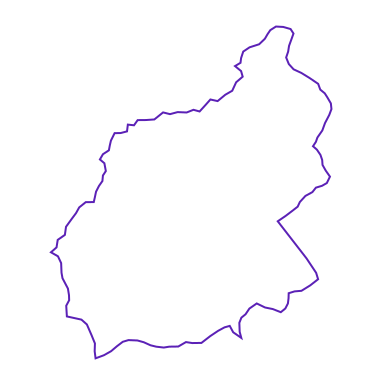 outline of Dourado, São Paulo, Brazil, rotated 86°
{"feature_id": "56859067B42142271375919", "entity_name": "Dourado", "entity_type": "district", "adm_level": 2, "iso_a3": "BRA", "parent_name": "Brazil", "parent_adm1": "São Paulo", "projection": "natural_earth1", "projection_center": [-48.341, -22.121], "detail": "fine", "context": "isolated", "style": "outline", "palette": "violet", "viewbox_px": 384, "rotation_deg": 86, "n_neighbors": 0, "source": "geoboundaries", "source_scale": "gbopen_adm2", "svg_char_len": 1879}
<svg xmlns="http://www.w3.org/2000/svg" viewBox="0 0 384 384"><g transform="rotate(86 192 192)"><path d="M36.3,82.3L33.7,89.5L32.8,96.7L36.0,102.6L39.8,105.6L44.2,108.6L49.3,114.7L51.7,124.5L55.5,131.1L61.9,133.7L66.5,134.6L69.4,140.3L74.8,134.6L80.5,133.4L85.6,140.3L93.8,144.8L97.3,152.0L103.1,160.1L101.0,167.2L106.0,172.3L112.2,178.8L110.1,184.8L112.3,191.8L111.3,200.8L112.8,208.5L110.6,215.3L117.0,224.5L117.0,232.8L116.5,241.2L121.4,245.2L120.3,251.3L127.0,252.6L128.2,259.0L127.9,265.1L135.1,269.3L140.0,270.8L144.6,272.0L148.1,278.2L153.1,281.6L157.2,277.4L165.1,276.5L169.3,279.7L174.8,280.6L179.5,284.4L185.0,287.7L190.6,289.3L195.2,290.7L194.7,298.7L199.5,305.6L204.9,309.1L210.5,313.9L217.9,320.1L225.9,321.8L230.4,329.3L237.8,331.0L242.3,336.9L246.8,330.2L253.8,327.5L263.5,327.8L269.0,327.2L279.7,322.5L286.4,321.9L291.4,322.1L296.7,325.4L307.4,325.5L311.6,311.2L316.8,306.1L327.8,302.2L336.3,299.4L344.1,300.2L351.2,299.8L348.7,291.3L345.2,283.9L340.6,277.6L336.6,271.5L335.3,265.7L336.3,256.8L338.5,250.6L342.0,244.1L343.8,238.5L345.2,231.0L344.7,225.4L345.2,216.5L341.3,208.5L342.7,202.3L343.2,193.1L337.0,183.8L332.3,175.6L329.3,169.0L328.2,163.7L334.8,160.7L341.0,153.0L334.8,154.2L325.8,153.9L320.8,151.5L317.7,147.1L312.3,142.9L307.7,135.2L312.3,127.2L314.4,119.6L318.1,111.8L314.7,107.0L309.9,104.1L304.7,103.1L299.7,102.6L298.3,96.6L298.2,89.7L293.4,80.6L287.8,72.3L281.3,73.8L266.2,82.4L227.2,108.5L222.4,100.3L218.1,93.7L214.0,87.6L209.5,85.1L203.8,79.1L200.5,71.9L196.3,68.1L194.9,61.9L192.5,56.9L186.3,53.3L180.0,57.1L174.1,59.9L169.1,59.9L163.9,61.3L158.4,64.5L154.8,68.1L150.6,64.9L146.4,63.1L139.7,57.7L132.5,54.5L124.7,49.7L119.0,47.1L113.3,47.3L107.0,50.4L102.8,52.7L98.8,56.9L92.9,58.6L86.3,67.0L80.8,74.7L76.7,82.1L71.1,86.5L64.4,88.7L58.7,86.3L53.0,85.0L46.0,81.9L41.0,79.7L36.3,82.3Z" fill="none" stroke="#5b21b6" stroke-width="2"/></g></svg>